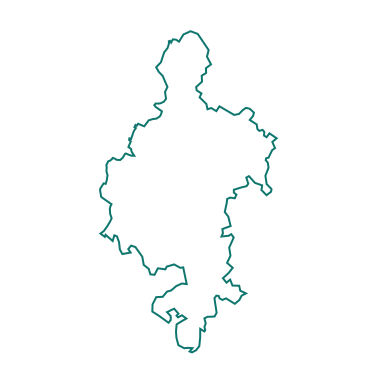 Chirakchi, Kashkadarya, Uzbekistan, rotated 302°
{"feature_id": "79887680B89374870504997", "entity_name": "Chirakchi", "entity_type": "district", "adm_level": 2, "iso_a3": "UZB", "parent_name": "Uzbekistan", "parent_adm1": "Kashkadarya", "projection": "albers", "projection_center": [66.298, 39.115], "detail": "fine", "context": "isolated", "style": "outline", "palette": "teal", "viewbox_px": 384, "rotation_deg": 302, "n_neighbors": 0, "source": "geoboundaries", "source_scale": "gbopen_adm2", "svg_char_len": 3045}
<svg xmlns="http://www.w3.org/2000/svg" viewBox="0 0 384 384"><g transform="rotate(302 192 192)"><path d="M108.2,136.4L107.8,141.9L109.9,141.4L108.4,150.7L114.1,149.1L114.6,151.9L110.8,156.7L105.0,161.3L102.5,165.8L108.1,172.0L109.8,168.2L114.3,168.8L115.3,173.2L110.8,184.1L104.6,189.7L103.9,196.0L100.1,200.3L101.9,204.1L109.2,203.5L112.3,210.4L115.3,210.1L121.1,215.2L121.5,222.3L123.4,224.5L111.1,236.3L109.0,231.9L103.9,228.5L97.5,226.5L94.3,223.6L87.6,222.7L83.9,217.4L75.8,218.1L69.6,221.7L69.5,229.7L68.7,241.4L72.2,241.8L75.5,239.7L76.9,234.5L83.6,238.7L81.6,245.0L78.9,244.4L78.3,246.6L82.1,248.8L81.7,254.3L76.9,251.7L71.6,249.1L65.3,252.3L60.2,256.0L54.9,261.6L55.4,268.2L57.8,271.3L59.8,275.1L55.5,274.5L56.0,277.0L60.0,279.3L65.1,279.9L73.0,276.0L80.3,271.5L80.3,276.4L81.9,276.4L84.3,274.0L87.8,273.3L91.4,269.5L94.3,271.2L98.3,277.1L102.6,276.9L113.8,267.3L117.0,267.6L118.0,269.8L116.4,271.7L116.6,275.0L119.8,277.2L119.9,287.6L125.5,289.4L130.4,289.0L134.6,291.5L133.9,285.2L137.5,281.7L134.1,275.9L137.9,270.8L133.4,269.3L135.3,263.9L142.8,266.0L149.3,266.7L150.5,259.3L158.3,258.4L164.6,253.0L172.7,251.9L175.6,251.4L177.0,247.6L174.4,246.4L169.9,240.6L173.4,240.1L176.7,237.4L183.6,242.8L190.4,235.8L192.4,230.4L201.0,227.3L204.8,225.5L207.5,227.4L209.3,231.6L213.3,231.1L213.7,227.8L216.1,226.3L222.2,231.6L225.9,235.2L228.9,235.3L233.0,230.4L235.6,231.9L233.1,240.6L234.8,248.0L230.5,249.8L228.8,256.9L234.1,258.9L236.6,257.9L238.3,251.1L244.6,245.7L253.2,244.0L257.0,240.8L258.1,237.6L260.0,237.0L261.6,238.7L270.0,237.8L273.2,239.2L277.0,233.6L282.4,235.3L282.8,226.6L278.0,226.2L278.0,223.2L281.3,221.4L282.1,218.9L279.5,216.7L280.0,214.2L283.6,211.0L283.7,202.8L288.8,203.5L292.1,202.5L293.2,197.0L292.0,193.2L288.5,191.7L283.1,190.5L279.7,186.9L279.2,169.9L273.5,169.8L273.4,163.8L270.4,161.3L274.3,157.5L276.3,148.3L280.6,147.8L280.7,142.1L283.2,139.9L290.9,142.0L295.8,138.6L300.4,140.9L304.4,138.2L310.3,140.5L314.7,133.0L321.2,130.9L329.1,113.1L327.6,105.6L321.1,101.3L312.6,101.3L312.7,97.7L311.3,94.9L307.6,95.1L308.5,93.2L307.6,92.5L305.4,93.9L301.1,95.0L295.8,94.4L291.2,95.5L285.5,96.9L278.8,95.5L276.3,100.1L274.8,105.9L271.3,110.7L268.1,115.5L262.6,116.1L260.9,117.5L257.3,120.6L253.7,120.3L250.8,118.5L249.4,117.0L247.8,114.3L245.7,114.0L244.9,116.0L244.6,121.6L244.5,123.7L241.4,124.6L238.8,124.6L235.2,122.8L233.3,120.3L229.8,117.3L222.4,116.7L221.3,110.1L218.9,110.0L218.9,108.6L216.5,108.8L216.5,110.5L213.6,110.4L211.7,110.6L207.1,111.7L204.7,112.2L204.3,110.5L202.8,111.1L202.5,113.3L196.5,114.2L196.2,117.6L194.3,119.2L192.1,123.8L190.7,121.4L190.2,119.2L189.6,115.5L188.9,115.0L184.3,115.1L182.6,114.6L181.0,114.1L180.5,113.1L179.3,110.9L179.4,108.7L178.9,106.7L177.7,106.7L175.1,105.9L173.7,104.7L169.4,105.1L167.9,106.5L164.3,108.4L161.4,111.5L156.5,113.6L153.2,114.5L152.5,112.5L146.3,112.4L144.8,113.1L139.7,117.6L139.4,122.4L139.0,130.2L136.6,130.4L134.0,131.3L130.1,134.2L127.1,137.8L123.3,138.2L117.6,138.3L112.1,137.9L108.2,136.4Z" fill="none" stroke="#0f766e" stroke-width="2"/></g></svg>